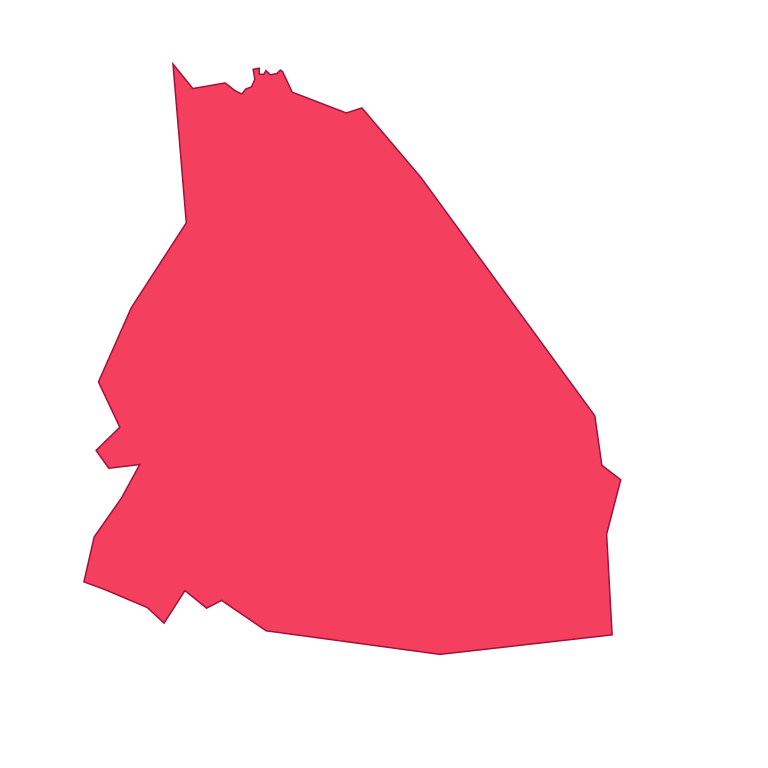 Van Buren, Tennessee, United States of America (Albers equal-area conic projection), rotated 283°
{"feature_id": "52423323B15759213794066", "entity_name": "Van Buren", "entity_type": "district", "adm_level": 2, "iso_a3": "USA", "parent_name": "United States of America", "parent_adm1": "Tennessee", "projection": "albers", "projection_center": [-85.405, 35.678], "detail": "fine", "context": "isolated", "style": "filled", "palette": "rose", "viewbox_px": 768, "rotation_deg": 283, "n_neighbors": 0, "source": "geoboundaries", "source_scale": "gbopen_adm2", "svg_char_len": 711}
<svg xmlns="http://www.w3.org/2000/svg" viewBox="0 0 768 768"><g transform="rotate(283 384 384)"><path d="M400.4,596.6L593.5,373.6L648.0,300.4L639.6,286.2L647.7,228.9L665.6,214.9L666.5,212.4L662.4,209.8L659.7,203.6L662.8,198.5L658.5,197.1L657.9,192.6L663.6,191.5L661.2,185.7L651.7,189.6L643.7,188.1L640.3,182.9L634.5,180.2L636.5,172.4L641.6,161.5L628.9,131.3L648.3,106.4L496.6,155.1L401.5,120.6L321.8,105.3L282.5,136.3L254.5,118.4L240.0,134.8L250.6,164.1L214.0,153.9L169.8,136.0L123.7,136.1L120.9,158.2L112.9,203.6L101.5,223.5L137.9,236.5L125.7,261.6L136.6,274.4L117.0,324.7L133.1,499.2L190.9,662.7L287.7,634.7L343.9,636.2L353.9,614.5L400.4,596.6Z" fill="#f43f5e" stroke="#9f1239" stroke-width="1.5"/></g></svg>